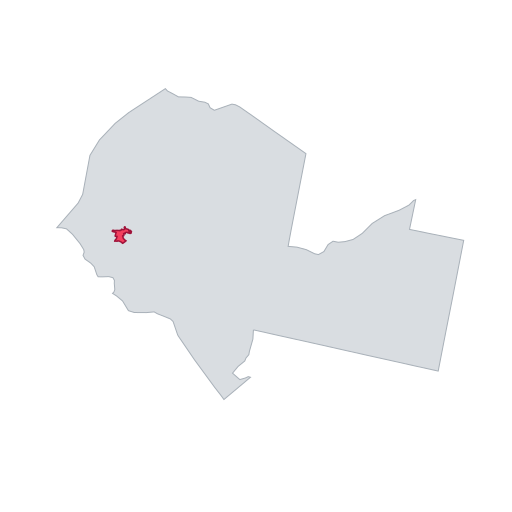 location of Casillas, Santa Rosa, Guatemala, rotated 101°
{"feature_id": "79465075B57906860405823", "entity_name": "Casillas", "entity_type": "district", "adm_level": 2, "iso_a3": "GTM", "parent_name": "Guatemala", "parent_adm1": "Santa Rosa", "projection": "equal_earth", "projection_center": [-90.184, 14.388], "detail": "fine", "context": "in_parent", "style": "filled", "palette": "rose", "viewbox_px": 512, "rotation_deg": 101, "n_neighbors": 0, "source": "geoboundaries", "source_scale": "gbopen_adm2", "svg_char_len": 4004}
<svg xmlns="http://www.w3.org/2000/svg" viewBox="0 0 512 512"><g transform="rotate(101 256 256)"><path d="M109.0,376.9L110.9,374.4L112.6,368.6L114.6,362.5L113.4,355.6L112.7,350.0L115.0,341.8L114.8,335.6L115.8,331.8L119.2,329.4L120.9,324.7L111.5,308.6L111.5,304.9L112.8,300.4L120.5,283.1L129.8,262.7L139.9,240.1L146.0,226.5L168.2,226.5L182.8,226.5L201.4,226.5L221.7,226.5L235.0,226.4L240.4,226.3L239.5,217.5L240.2,207.7L242.6,198.9L242.7,195.0L238.7,190.2L231.0,187.4L226.8,183.2L226.8,177.9L224.9,171.4L221.2,163.8L213.5,156.0L201.8,148.1L191.9,137.5L183.7,124.1L176.8,115.5L171.5,111.9L170.2,110.0L185.9,110.2L200.6,110.4L200.8,91.2L200.9,74.2L201.0,55.1L227.8,55.1L259.7,55.1L292.9,55.2L318.9,55.2L334.2,55.2L333.6,79.0L332.8,106.6L332.3,126.8L331.5,153.9L330.7,181.6L329.7,219.4L329.0,243.8L329.4,244.4L338.1,243.2L351.0,244.3L354.2,244.2L358.1,246.4L361.2,247.0L367.8,252.5L375.5,256.7L380.4,248.3L377.8,243.2L375.9,240.6L376.1,238.3L403.0,260.1L399.8,263.5L393.0,271.3L380.7,284.6L369.7,296.5L359.0,307.3L349.4,317.0L348.3,317.9L336.1,324.9L334.1,328.1L331.5,341.8L330.3,345.3L332.5,352.9L334.7,364.7L334.0,370.8L325.6,378.4L321.8,385.3L320.1,389.7L318.5,388.6L315.9,388.2L309.9,389.9L307.0,390.3L304.6,392.3L304.3,396.5L305.9,403.4L306.5,407.0L304.8,408.6L297.4,412.8L294.5,416.9L291.7,423.2L288.4,425.9L285.0,425.4L282.6,426.3L277.4,431.1L269.7,440.3L265.5,447.2L265.4,452.3L266.2,456.9L238.0,440.7L228.6,437.9L188.9,438.2L171.9,431.8L152.6,419.5L139.5,408.3L109.0,376.9Z" fill="#d9dde1" stroke="#a8b0b8" stroke-width="1"/><path d="M257.5,383.1L257.4,383.0L257.0,383.0L256.3,383.0L255.9,382.9L255.8,383.0L255.7,383.6L255.7,384.4L255.6,384.5L255.4,384.7L255.2,384.5L255.2,384.4L254.9,384.1L254.8,384.3L254.9,384.6L254.9,385.0L254.9,385.3L255.0,385.4L255.1,385.5L255.1,385.8L254.7,385.9L254.5,386.0L254.4,386.2L254.3,386.3L254.2,387.1L254.1,387.9L254.1,388.1L254.1,389.0L254.1,389.3L253.2,389.6L252.6,389.9L252.5,390.0L252.4,390.2L252.4,390.5L252.5,390.6L252.8,390.6L253.1,390.7L253.2,390.4L253.3,390.3L253.7,390.4L254.7,390.4L255.1,390.4L255.2,390.5L255.4,390.8L255.5,391.1L255.5,391.3L255.5,391.7L255.5,392.1L255.4,392.6L255.3,392.9L255.4,393.0L255.5,393.0L255.6,392.8L255.8,392.8L256.0,393.1L256.3,393.3L256.5,394.1L256.7,394.4L256.8,394.4L256.9,394.2L257.0,394.2L257.1,394.4L257.1,395.1L257.1,395.4L257.2,396.1L257.3,396.7L257.3,397.0L257.4,397.3L257.4,397.6L257.5,397.8L257.6,398.1L257.7,398.5L258.0,400.2L258.1,400.4L258.1,400.7L258.0,400.8L257.9,401.1L257.9,401.3L258.1,401.4L258.5,401.7L258.6,401.8L258.8,401.9L259.0,401.9L259.2,401.6L259.3,401.3L259.4,401.0L259.5,398.0L259.6,397.8L260.3,397.9L261.0,397.9L261.6,398.0L262.3,398.0L263.1,398.1L263.4,398.0L263.5,397.9L263.5,397.4L263.5,397.1L263.5,396.9L263.3,396.6L263.3,396.3L263.3,396.2L263.6,396.2L263.8,396.3L264.3,396.2L264.8,396.2L265.7,396.4L266.0,396.5L266.4,396.7L266.6,396.9L267.3,397.3L267.6,397.3L268.0,397.5L268.4,397.5L268.4,397.4L268.3,397.2L268.1,396.2L268.1,395.8L268.0,395.5L268.0,395.1L267.8,395.0L267.7,394.9L267.5,394.4L267.5,393.0L267.6,392.6L267.8,391.9L267.9,391.4L268.0,391.2L268.1,390.9L268.3,390.3L268.5,390.1L268.8,389.8L268.9,389.7L269.0,389.3L268.9,389.1L268.4,388.7L268.0,388.3L267.9,388.3L267.7,388.0L266.1,386.6L265.9,386.5L265.6,387.3L265.6,387.5L265.4,387.8L265.0,388.1L264.9,388.3L264.7,388.7L264.5,389.0L264.3,389.3L263.9,389.7L263.6,389.8L263.1,390.1L262.3,390.5L261.8,390.8L261.7,390.8L261.5,390.7L261.5,389.9L261.4,389.8L261.1,389.7L260.9,389.8L260.6,389.7L260.5,389.8L260.2,389.9L259.6,389.9L259.3,390.2L259.2,390.2L259.1,389.6L259.2,388.8L259.1,388.7L258.8,388.8L258.7,388.8L258.7,388.7L258.3,388.9L258.1,388.9L257.9,388.7L257.8,388.4L257.7,388.1L257.5,387.8L257.4,387.5L257.4,387.1L257.4,386.8L257.6,386.5L257.6,386.4L257.8,386.2L257.9,385.8L257.8,385.6L257.7,385.6L257.5,385.4L256.8,385.5L256.7,385.4L256.7,385.2L256.8,385.2L257.0,384.7L257.0,384.2L257.3,384.1L257.6,384.3L257.9,384.2L257.9,383.9L257.8,383.6L257.5,383.1L257.5,383.1Z" fill="#f43f5e" stroke="#9f1239" stroke-width="1.5"/></g></svg>